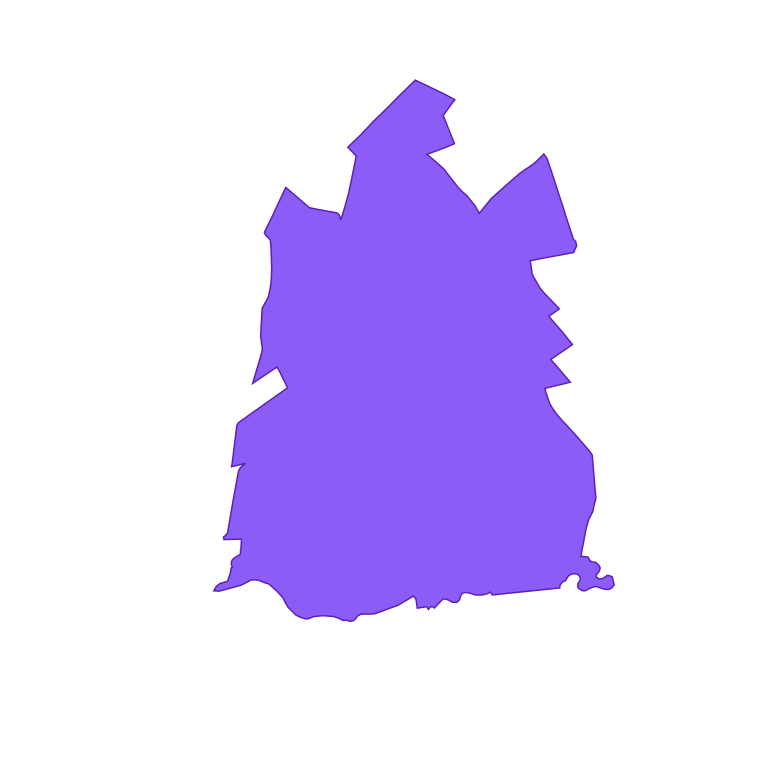 the district of Vladimirescu, Arad, Romania, rotated 339°
{"feature_id": "2599482B43501336314051", "entity_name": "Vladimirescu", "entity_type": "district", "adm_level": 2, "iso_a3": "ROU", "parent_name": "Romania", "parent_adm1": "Arad", "projection": "robinson", "projection_center": [21.45, 46.185], "detail": "fine", "context": "isolated", "style": "filled", "palette": "violet", "viewbox_px": 768, "rotation_deg": 339, "n_neighbors": 0, "source": "geoboundaries", "source_scale": "gbopen_adm2", "svg_char_len": 3903}
<svg xmlns="http://www.w3.org/2000/svg" viewBox="0 0 768 768"><g transform="rotate(339 384 384)"><path d="M527.9,646.2L527.8,645.7L525.3,643.4L523.7,642.7L519.1,643.9L516.8,643.7L514.8,642.9L513.2,640.5L513.7,638.3L516.7,636.8L518.5,635.3L519.9,633.1L519.8,630.9L518.8,628.4L517.8,626.4L514.5,624.6L513.0,622.8L512.4,618.7L510.3,617.5L506.0,615.4L508.2,611.9L511.7,606.2L521.3,590.7L522.9,588.7L526.9,583.5L533.4,577.7L536.8,572.3L540.9,566.6L544.0,555.6L552.3,527.3L552.9,525.0L552.8,524.3L552.7,523.6L551.3,518.8L550.4,516.4L544.9,501.3L538.7,485.3L538.5,485.2L534.5,474.6L532.4,466.2L531.8,462.0L531.9,453.5L532.6,445.8L537.4,446.4L540.8,446.8L558.6,449.1L558.4,448.6L548.5,420.8L566.8,416.5L574.1,414.7L569.1,399.3L564.6,386.9L562.1,379.8L574.6,376.7L565.9,356.0L564.0,350.1L562.0,337.7L561.9,335.9L561.8,334.2L564.7,321.4L567.1,321.7L579.1,323.8L581.5,324.3L608.3,329.2L609.2,328.2L610.9,326.4L613.4,324.1L613.6,322.3L614.0,319.7L612.7,316.6L613.9,292.8L614.5,284.9L615.2,270.2L616.5,245.0L617.0,231.7L616.3,229.1L616.0,228.0L615.7,226.6L605.5,231.0L601.1,232.5L592.4,234.5L586.3,236.0L571.4,241.4L550.8,249.2L534.1,258.8L533.7,256.2L532.9,250.4L529.0,238.2L525.4,231.2L523.8,227.5L518.6,210.6L517.1,205.1L513.6,198.2L506.5,185.0L527.0,185.2L535.9,184.9L535.5,154.6L549.8,145.2L552.0,144.0L545.2,136.0L522.1,111.5L520.3,112.3L503.8,119.4L501.9,120.2L484.7,128.0L467.6,135.3L452.4,142.7L438.5,148.5L435.1,150.1L439.8,161.1L435.5,168.0L426.6,182.0L419.5,193.0L412.7,202.2L411.2,204.3L403.0,214.6L402.7,214.6L402.4,214.6L402.7,213.0L402.7,209.8L401.3,207.3L389.4,200.1L384.0,196.8L377.5,192.6L367.4,173.9L366.7,172.6L362.8,165.3L360.0,167.9L337.9,189.2L330.9,195.6L327.4,198.9L326.8,199.4L326.8,199.5L326.7,200.2L326.7,201.5L326.8,202.8L329.3,208.2L329.1,210.4L326.3,219.4L324.3,225.2L320.3,236.6L315.6,247.4L313.0,252.3L308.0,260.3L306.2,262.2L297.4,269.6L285.9,295.3L283.5,306.1L282.3,309.2L274.8,319.2L270.4,324.9L267.8,328.2L267.5,328.7L263.6,333.7L261.6,336.3L290.0,329.8L291.0,335.1L292.6,353.0L238.7,366.8L233.8,368.1L233.2,368.7L231.8,369.9L213.8,403.7L212.0,406.6L226.2,408.4L224.7,408.9L224.0,409.1L223.2,409.3L221.1,410.0L218.8,411.4L217.4,412.7L216.9,413.3L204.3,433.9L203.4,435.3L184.6,466.9L181.7,468.7L179.3,469.3L178.8,471.9L195.2,477.6L195.0,478.2L194.9,478.8L193.0,483.0L192.4,484.3L192.1,484.9L191.8,485.4L191.7,485.9L191.8,486.2L190.9,487.1L190.4,488.0L188.9,491.4L188.5,491.8L186.0,491.9L185.0,492.1L183.0,492.5L181.1,493.0L180.0,493.6L178.8,494.2L177.2,496.5L176.9,496.9L176.7,500.9L176.7,501.1L175.4,500.9L172.8,505.4L167.3,512.1L161.9,511.7L159.5,511.5L154.9,512.9L153.8,513.8L151.9,515.3L151.0,516.1L156.1,518.4L178.2,520.6L186.5,519.8L189.6,519.3L193.5,520.6L197.3,522.9L201.5,526.9L204.7,529.2L209.6,538.6L212.4,545.7L213.1,547.6L213.5,552.2L214.4,558.1L216.9,563.6L218.9,568.1L222.1,571.6L226.5,575.1L228.9,575.9L233.2,576.0L234.6,575.9L237.8,576.7L242.1,577.8L245.7,579.2L251.7,582.1L253.1,582.7L257.3,586.0L261.2,590.2L264.7,591.2L266.3,592.9L268.3,593.6L270.1,593.9L272.0,593.6L274.2,592.4L276.3,591.0L278.0,590.9L279.5,590.5L281.5,591.2L284.5,592.2L285.7,592.7L292.5,595.1L301.0,595.4L307.4,595.4L317.6,595.6L325.5,594.3L335.6,592.5L336.7,596.6L334.7,605.2L344.1,607.2L344.6,610.3L347.0,609.1L348.1,608.8L350.3,610.0L350.8,611.2L357.5,607.9L362.2,605.8L365.4,607.5L369.9,612.3L373.6,614.0L377.0,612.6L380.4,608.5L382.4,607.4L384.9,607.7L388.5,609.5L391.5,611.9L393.8,613.7L400.1,616.2L405.7,616.8L408.8,616.4L409.4,619.7L428.0,624.7L452.0,631.2L475.1,637.4L475.8,635.3L479.4,632.8L483.0,632.6L487.2,629.4L489.2,628.8L492.0,628.7L494.0,629.5L496.5,630.9L497.5,633.3L497.8,634.8L497.3,636.4L496.7,637.6L495.2,638.7L493.6,639.7L492.2,642.8L492.5,644.8L495.2,648.1L497.9,649.2L502.3,648.5L506.0,648.5L509.1,648.9L510.4,649.8L514.9,653.6L518.2,655.6L520.9,656.5L523.9,655.9L525.4,655.0L526.9,654.1L527.9,646.2Z" fill="#8b5cf6" stroke="#5b21b6" stroke-width="1.5"/></g></svg>